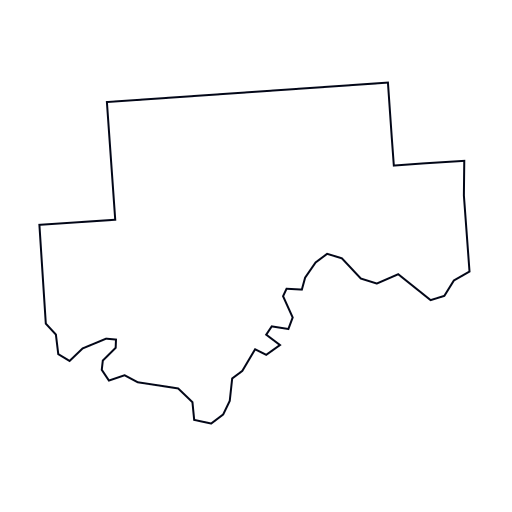 outline of Haskell, Oklahoma, United States of America, rotated 176°
{"feature_id": "52423323B35994808569897", "entity_name": "Haskell", "entity_type": "district", "adm_level": 2, "iso_a3": "USA", "parent_name": "United States of America", "parent_adm1": "Oklahoma", "projection": "mercator", "projection_center": [-95.116, 35.259], "detail": "fine", "context": "isolated", "style": "outline", "palette": "ink", "viewbox_px": 512, "rotation_deg": 176, "n_neighbors": 0, "source": "geoboundaries", "source_scale": "gbopen_adm2", "svg_char_len": 781}
<svg xmlns="http://www.w3.org/2000/svg" viewBox="0 0 512 512"><g transform="rotate(176 256 256)"><path d="M394.0,420.0L393.9,302.0L469.9,302.2L470.4,203.2L461.1,191.6L460.1,171.9L449.3,164.3L435.4,175.9L411.3,184.0L401.5,182.4L402.4,174.2L416.1,162.4L417.8,153.2L411.4,142.0L395.4,146.2L382.8,138.3L342.9,129.3L329.6,114.6L329.1,96.8L312.4,92.0L299.8,100.2L292.3,113.3L288.3,135.5L277.7,142.3L263.4,163.0L252.7,156.7L238.3,165.5L251.3,176.8L245.2,184.7L228.8,180.9L223.7,192.1L231.8,214.0L227.8,221.2L212.6,219.3L208.5,231.0L197.0,245.4L184.9,253.2L170.5,247.7L153.0,226.2L137.4,220.1L115.4,227.9L84.9,199.8L70.9,203.1L60.3,217.8L44.1,225.6L44.4,301.9L41.6,336.4L82.6,336.7L112.2,336.6L112.3,364.6L112.3,419.8L394.0,420.0Z" fill="none" stroke="#020617" stroke-width="2"/></g></svg>